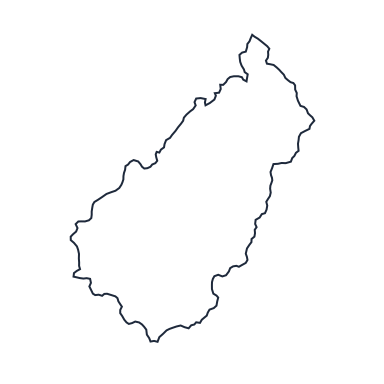 outline of Carmo do Cajuru, Minas Gerais, Brazil, rotated 74°
{"feature_id": "56859067B72173445763678", "entity_name": "Carmo do Cajuru", "entity_type": "district", "adm_level": 2, "iso_a3": "BRA", "parent_name": "Brazil", "parent_adm1": "Minas Gerais", "projection": "orthographic", "projection_center": [-44.71, -20.195], "detail": "fine", "context": "isolated", "style": "outline", "palette": "slate", "viewbox_px": 384, "rotation_deg": 74, "n_neighbors": 0, "source": "geoboundaries", "source_scale": "gbopen_adm2", "svg_char_len": 3263}
<svg xmlns="http://www.w3.org/2000/svg" viewBox="0 0 384 384"><g transform="rotate(74 192 192)"><path d="M185.6,83.7L183.0,81.3L181.8,78.2L178.5,77.6L174.8,76.8L171.2,75.1L168.4,74.0L165.5,71.1L164.5,66.4L163.7,61.7L161.1,60.4L159.4,58.2L157.2,54.8L153.4,55.7L150.6,57.5L148.3,58.8L144.2,59.1L141.1,60.9L139.1,64.0L133.4,65.0L128.8,65.1L125.7,64.0L122.0,64.6L117.9,63.5L115.2,64.5L113.6,67.0L110.9,69.0L108.1,70.8L104.5,71.4L101.2,73.2L98.7,74.4L95.7,76.2L92.4,78.5L90.8,81.5L89.3,84.6L86.1,84.7L83.9,82.1L81.2,80.9L78.0,80.2L75.6,78.2L72.6,79.5L69.0,82.0L66.0,84.1L62.8,86.4L59.9,89.1L57.5,90.8L60.5,93.3L63.0,95.2L65.0,98.0L68.0,99.1L71.9,101.6L71.8,105.4L73.3,108.6L76.9,109.3L80.2,109.8L84.2,109.5L88.5,108.3L91.3,108.3L94.2,106.0L98.3,108.0L100.7,109.1L98.1,111.8L95.4,112.4L93.6,115.4L92.3,119.7L92.0,123.6L93.3,126.6L95.7,129.0L97.6,132.5L96.7,135.3L100.9,136.0L104.0,138.6L103.3,142.8L106.0,142.5L109.3,145.0L111.4,150.4L112.4,155.1L109.5,154.9L106.4,153.3L104.1,157.8L103.3,162.2L106.3,164.8L109.8,164.6L112.7,168.1L113.9,171.4L116.1,176.0L118.3,179.3L121.1,180.9L123.5,184.0L125.9,187.5L128.8,191.1L131.7,195.5L133.9,198.2L135.0,202.6L138.4,205.2L141.4,206.6L142.7,210.2L145.1,212.5L143.7,214.9L145.8,216.5L148.9,216.8L152.4,216.8L154.2,219.3L154.6,222.7L156.3,225.0L156.8,228.3L156.3,231.4L153.9,233.1L151.2,233.8L147.8,235.3L145.2,239.4L146.1,243.3L148.0,245.9L148.8,248.8L152.2,250.2L154.9,252.1L157.8,253.5L161.0,254.5L163.5,256.2L165.6,257.9L168.1,260.8L169.7,265.2L169.9,269.5L170.3,274.7L172.1,279.9L173.6,284.6L174.7,288.6L176.8,290.8L179.2,292.0L183.1,293.8L186.3,294.7L189.3,296.0L190.8,298.9L190.8,303.0L189.8,306.2L189.0,309.4L190.8,312.7L195.1,312.0L198.1,314.3L199.8,318.0L201.5,320.9L204.8,321.8L208.3,319.5L212.6,317.6L216.1,317.4L220.4,317.7L224.8,319.1L228.6,319.9L231.9,320.9L235.3,320.9L236.1,324.5L237.4,327.8L240.7,329.2L242.4,326.1L243.8,323.6L245.3,320.2L245.8,317.0L247.4,313.9L251.5,314.2L254.5,316.7L258.9,315.9L262.4,315.3L264.4,313.5L265.0,310.0L267.0,307.0L265.8,304.4L266.4,301.7L268.8,298.0L271.2,294.4L273.5,292.9L276.8,292.9L280.1,291.9L282.9,291.0L285.6,293.5L288.7,294.4L291.9,293.3L296.1,292.3L299.3,290.9L301.4,289.1L301.5,285.8L300.9,282.3L302.8,278.8L305.5,276.6L308.3,275.2L311.7,273.9L316.7,274.7L320.7,273.4L324.3,273.1L324.7,269.5L326.5,266.4L322.5,263.4L320.4,259.0L318.0,254.6L317.4,251.3L317.2,248.1L317.0,244.0L317.2,239.7L319.9,236.4L322.1,232.8L319.9,229.5L320.0,226.3L318.4,223.9L320.0,220.4L317.5,217.8L316.2,214.9L314.9,211.9L312.2,210.0L309.9,207.6L309.6,203.1L308.0,199.8L304.1,197.9L300.7,195.9L298.3,197.0L295.6,199.5L290.9,199.6L286.9,198.5L284.1,197.6L281.3,195.9L279.1,193.7L278.8,189.6L281.5,186.1L281.4,182.2L278.5,178.4L275.7,176.3L274.8,173.0L275.2,169.7L276.8,167.5L276.0,164.3L275.0,159.9L272.6,157.4L269.6,157.1L266.1,157.3L261.4,154.7L258.6,151.4L256.6,148.7L253.6,147.7L252.1,144.3L249.0,142.8L245.6,142.1L243.6,139.6L240.1,140.1L236.3,138.5L235.2,134.0L232.5,131.0L232.5,127.7L229.5,125.2L225.8,123.4L221.9,123.3L219.6,120.8L217.5,118.3L214.3,116.5L210.4,116.0L207.5,114.9L205.1,113.1L202.9,111.6L200.4,111.2L197.6,111.4L194.4,111.0L191.1,108.4L187.6,106.0L188.6,101.6L188.8,97.9L190.1,94.0L190.1,88.6L187.0,86.3L185.6,83.7Z" fill="none" stroke="#1e293b" stroke-width="2"/></g></svg>